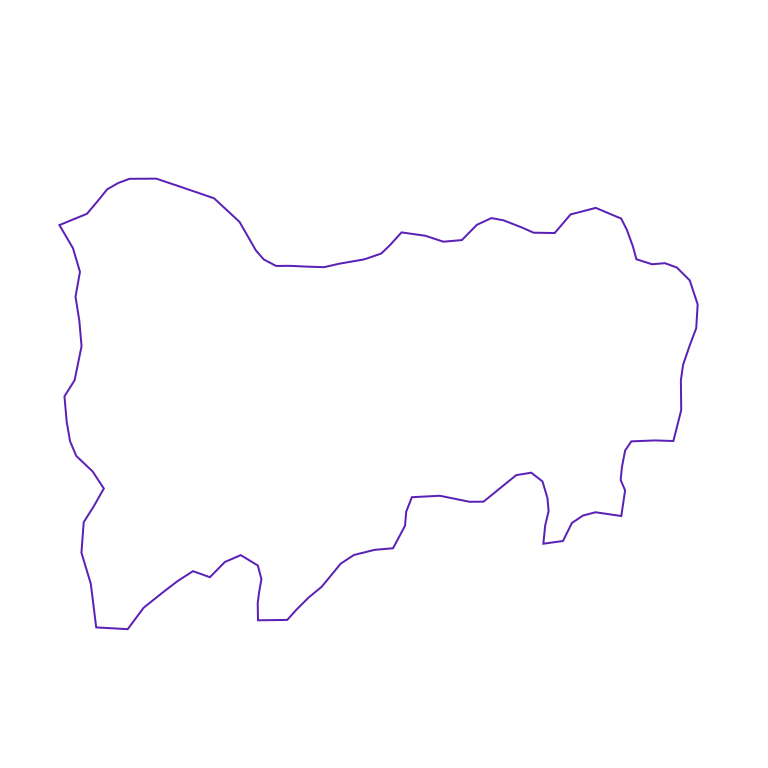 Larnakas Lapithou, Cyprus (Equal Earth projection), rotated 265°
{"feature_id": "46923920B93505429851808", "entity_name": "Larnakas Lapithou", "entity_type": "district", "adm_level": 2, "iso_a3": "CYP", "parent_name": "Cyprus", "parent_adm1": "", "projection": "equal_earth", "projection_center": [33.129, 35.305], "detail": "fine", "context": "isolated", "style": "outline", "palette": "violet", "viewbox_px": 768, "rotation_deg": 265, "n_neighbors": 0, "source": "geoboundaries", "source_scale": "gbopen_adm2", "svg_char_len": 1492}
<svg xmlns="http://www.w3.org/2000/svg" viewBox="0 0 768 768"><g transform="rotate(265 384 384)"><path d="M162.1,107.3L182.1,125.1L196.0,146.0L205.6,161.1L214.2,177.4L206.7,193.7L220.6,210.0L226.0,226.3L214.2,242.5L200.3,244.9L187.4,241.4L176.7,239.1L159.6,237.9L157.4,267.0L167.1,277.4L177.8,290.2L187.4,304.2L199.2,315.8L208.8,325.2L216.3,339.1L219.6,360.1L219.6,378.7L241.0,392.6L254.9,395.0L268.8,401.9L267.8,429.9L259.2,459.0L258.1,472.9L273.1,495.0L281.7,507.8L282.8,523.0L273.1,533.4L256.0,536.9L243.1,536.9L229.2,532.3L211.0,528.8L212.0,548.6L229.2,559.1L235.6,570.7L237.8,583.5L231.8,608.9L257.0,614.9L267.8,611.4L280.6,613.8L296.7,618.4L305.3,625.4L304.2,648.7L302.0,667.3L332.0,677.8L362.0,680.1L377.0,683.6L395.3,691.7L412.4,699.9L436.0,703.4L460.6,697.6L474.5,685.9L479.9,674.3L479.9,661.5L486.3,646.3L499.2,644.0L516.3,639.4L528.1,634.7L541.0,610.3L536.7,584.7L519.5,567.2L521.7,546.2L528.1,534.6L536.7,517.2L539.9,505.5L534.5,490.4L520.6,474.1L520.6,455.5L528.1,438.0L533.5,414.7L521.7,401.9L514.2,392.6L509.9,375.2L507.7,349.6L505.6,334.5L507.7,317.0L509.9,300.7L511.0,286.8L518.5,275.1L528.1,268.1L558.1,254.2L583.8,230.9L596.7,201.8L608.4,175.1L610.6,148.3L607.4,136.7L602.0,125.1L593.4,116.9L579.5,103.0L570.6,74.5L546.4,86.0L522.2,90.9L497.9,84.3L473.7,86.0L448.0,86.0L414.7,76.1L399.6,64.6L373.9,64.6L354.2,66.3L339.1,71.2L322.4,86.0L304.3,95.8L287.6,84.3L272.5,72.8L242.3,67.9L210.5,74.5L166.6,76.1L162.1,107.3Z" fill="none" stroke="#5b21b6" stroke-width="2"/></g></svg>